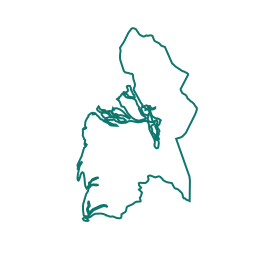 the State of Delta Amacuro, rotated 248°
{"feature_id": "VEN-65", "entity_name": "Delta Amacuro", "entity_type": "State", "adm_level": 1, "iso_a3": "VEN", "parent_name": "Venezuela", "parent_adm1": "", "projection": "orthographic", "projection_center": [-61.33, 8.902], "detail": "fine", "context": "isolated", "style": "outline", "palette": "teal", "viewbox_px": 256, "rotation_deg": 248, "n_neighbors": 0, "source": "natural_earth", "source_scale": "10m", "svg_char_len": 5890}
<svg xmlns="http://www.w3.org/2000/svg" viewBox="0 0 256 256"><g transform="rotate(248 128 128)"><path d="M205.3,150.6L209.4,156.5L216.2,164.1L218.8,168.4L218.8,169.7L217.9,171.2L216.7,172.3L210.7,173.6L209.6,174.2L207.2,176.3L206.8,177.3L206.9,179.8L206.1,180.8L205.6,183.4L204.9,184.6L203.8,185.2L199.8,185.1L198.4,185.5L194.9,188.6L191.7,189.8L189.3,192.6L171.3,193.1L169.6,194.1L167.6,194.8L160.7,199.5L159.0,201.4L156.8,203.3L155.6,203.9L154.8,203.6L144.4,191.4L143.4,191.1L139.9,191.5L137.2,193.7L135.5,194.3L133.0,194.3L131.0,195.5L129.6,195.9L128.1,197.1L125.6,198.2L122.6,198.7L121.1,199.4L119.1,198.6L115.7,195.6L101.7,179.7L99.8,175.3L99.5,173.8L100.0,168.6L60.0,166.8L55.8,165.6L37.2,157.8L40.0,155.0L41.6,154.4L41.8,153.5L42.6,153.2L43.5,153.1L46.0,153.7L47.8,153.5L52.3,151.4L53.6,150.2L54.0,149.3L55.1,148.6L60.6,148.0L62.6,144.6L64.4,142.6L66.5,141.1L68.2,140.7L70.5,139.6L71.3,139.0L71.7,138.1L72.0,134.8L75.4,131.1L75.9,129.9L75.7,128.4L72.6,127.8L71.5,126.6L70.8,125.1L70.5,123.6L70.9,122.3L72.8,118.5L72.7,117.3L70.5,116.8L67.9,117.8L67.5,117.4L66.8,115.1L63.6,116.6L62.6,116.7L61.3,115.4L59.9,114.5L58.9,112.8L55.9,112.5L55.3,112.2L55.4,111.2L56.4,108.5L56.4,106.1L55.9,105.3L55.6,103.4L55.4,97.9L54.8,97.0L51.9,95.1L51.1,93.9L50.5,89.7L48.3,88.7L47.4,87.8L47.3,86.8L47.7,85.7L49.0,83.6L51.7,80.8L52.5,78.2L55.3,75.1L55.2,74.0L55.6,74.9L57.4,73.1L58.8,70.9L60.6,65.9L60.7,63.7L59.6,59.6L59.7,57.2L60.8,58.1L61.9,59.6L64.3,64.2L64.7,65.7L64.9,75.0L64.1,77.8L62.3,79.4L64.5,78.7L65.8,76.5L66.3,73.6L65.9,65.4L65.5,63.9L63.7,59.9L68.6,60.7L69.9,63.2L70.6,63.5L74.0,64.1L74.5,64.1L74.6,63.8L73.4,62.9L70.6,62.2L68.6,59.9L67.6,59.4L66.7,59.2L62.8,59.1L62.0,58.7L61.0,57.7L62.3,55.2L63.6,54.2L69.2,55.7L72.4,57.0L74.7,58.3L81.2,63.5L82.4,64.5L84.4,67.2L87.3,69.3L87.5,70.7L88.7,72.2L87.9,74.8L86.6,77.2L86.4,78.6L86.8,78.6L88.6,74.9L89.5,71.3L90.7,71.4L93.0,75.4L92.7,76.7L93.0,82.2L93.6,80.9L93.9,79.4L93.8,75.7L92.4,73.5L91.8,71.3L89.5,70.4L87.5,66.9L90.0,66.7L92.5,67.2L97.5,68.8L102.9,69.9L104.1,69.1L103.8,68.2L102.2,66.3L100.2,65.1L100.0,64.1L99.0,63.9L98.2,63.1L97.8,62.4L98.1,62.1L100.0,62.2L103.5,64.0L110.5,68.6L113.9,73.0L113.6,71.1L112.0,69.1L111.6,67.9L109.7,67.2L108.7,66.1L108.9,66.0L109.9,66.8L112.0,67.1L112.8,67.5L119.4,74.6L126.0,79.8L126.7,81.9L128.0,83.5L128.9,83.1L127.8,81.7L129.4,81.7L132.9,83.8L134.1,83.1L134.5,83.3L137.9,83.2L140.3,84.4L142.9,85.3L144.0,86.0L144.3,87.1L143.7,86.9L143.4,86.2L143.4,88.9L143.9,89.4L145.5,88.9L146.6,89.2L149.3,90.6L150.4,91.4L152.9,94.4L153.3,95.5L154.6,96.1L155.5,99.2L155.4,100.8L154.6,102.1L154.3,101.2L153.8,100.7L153.0,103.5L151.1,104.1L149.7,105.0L147.5,105.5L146.2,106.1L145.5,107.3L143.5,108.0L139.9,111.4L138.4,112.0L137.1,112.8L135.9,114.8L134.1,118.8L135.1,118.4L135.9,117.6L137.1,115.3L142.5,110.5L144.1,109.5L144.4,110.7L142.6,112.9L142.2,114.9L141.3,116.4L141.3,117.7L141.0,118.3L139.0,119.2L136.8,121.7L136.3,121.7L134.9,124.2L133.8,127.9L133.7,129.0L134.1,131.0L133.2,133.8L129.7,139.0L128.8,141.8L128.5,145.0L127.8,147.4L126.2,148.7L123.4,148.7L118.7,147.3L107.3,148.2L104.5,147.5L101.9,145.9L100.7,146.0L99.4,146.2L98.5,146.9L98.3,148.2L98.9,148.9L102.4,150.9L105.4,151.6L106.4,152.7L108.9,152.3L110.7,154.3L112.3,154.7L113.1,155.9L114.4,156.1L118.0,155.4L118.7,155.9L119.8,158.6L122.2,160.3L122.9,161.3L125.0,159.9L125.8,159.0L126.6,157.2L129.7,155.0L131.1,154.7L135.3,155.0L138.3,154.4L139.7,154.5L139.9,155.4L138.8,156.3L136.4,156.8L135.9,157.9L135.9,160.1L136.1,160.6L136.8,160.9L136.8,158.6L137.1,157.4L138.2,156.8L140.1,156.6L140.8,154.9L142.0,153.7L142.3,150.3L143.1,149.5L144.3,150.0L146.9,149.3L161.5,147.6L162.7,148.4L164.0,149.8L165.9,150.9L171.2,151.3L175.5,152.4L176.6,152.2L177.5,150.4L178.9,149.0L180.4,146.4L182.4,145.5L193.8,146.3L196.4,147.0L198.9,148.1L202.5,150.1L205.3,150.6ZM141.6,133.4L147.7,132.5L149.1,132.1L150.5,130.1L155.9,130.1L158.9,128.6L159.2,129.5L158.6,130.3L158.9,130.9L159.8,131.2L160.3,133.1L161.1,134.0L161.9,135.4L159.5,137.2L157.9,137.4L156.5,138.6L154.6,141.7L154.1,143.1L151.5,145.4L149.0,145.6L146.6,145.3L143.5,146.0L141.2,145.3L135.3,145.7L131.5,148.2L130.4,148.3L129.9,147.7L130.6,141.4L131.3,139.9L133.2,137.6L135.2,136.1L137.5,134.9L141.6,133.4ZM140.4,147.3L141.7,147.8L141.9,149.5L141.1,151.0L139.7,151.7L138.2,150.9L138.1,151.8L138.8,153.3L133.2,154.1L126.3,153.5L123.8,153.6L125.4,150.8L126.6,149.8L128.3,149.5L129.7,150.0L131.8,151.7L133.2,152.3L132.3,151.1L132.5,150.6L135.0,147.8L135.8,147.5L140.4,147.3ZM146.6,119.7L148.1,119.3L149.6,119.7L152.0,121.5L150.2,121.9L151.2,123.5L150.2,125.4L148.5,127.2L145.8,129.2L137.0,132.9L135.5,133.3L140.4,129.4L142.6,126.2L143.3,124.0L145.5,122.2L145.8,120.3L146.6,119.7ZM116.0,149.2L117.3,149.8L120.9,149.8L121.5,151.1L121.7,153.6L122.5,154.4L124.5,155.5L124.3,157.5L123.4,157.8L122.3,157.4L120.8,156.2L120.2,154.9L119.4,153.9L115.3,154.0L113.2,153.6L110.9,151.8L109.5,151.2L108.3,151.1L106.2,150.2L106.5,149.6L110.4,150.1L112.8,150.0L114.3,149.1L116.0,149.2ZM157.1,140.2L159.3,139.9L162.6,137.2L162.9,137.4L161.9,139.3L161.9,140.7L162.4,141.8L163.2,142.2L166.8,142.4L167.2,143.2L166.4,145.5L164.2,145.7L162.7,145.2L161.4,145.1L160.1,145.4L157.3,145.4L156.4,145.9L154.0,145.8L153.9,145.2L157.1,140.2ZM135.9,128.8L135.1,128.1L136.3,124.0L136.9,122.9L141.3,121.5L144.9,117.2L145.9,116.6L147.5,116.4L151.1,115.2L150.9,116.9L150.6,117.4L150.6,117.0L150.1,118.1L149.5,118.7L147.3,118.8L146.2,119.1L145.2,119.8L139.7,124.9L138.6,127.4L135.9,128.8ZM149.7,113.8L148.6,115.0L145.4,116.1L144.0,117.0L145.1,114.7L145.5,110.7L147.5,109.3L149.8,108.7L151.0,108.7L151.5,109.5L151.4,110.8L151.0,112.0L149.7,114.3L149.7,113.8ZM153.3,107.9L155.7,106.4L157.2,106.3L159.1,108.8L158.4,109.1L156.4,109.0L154.6,110.2L153.7,112.4L152.9,113.5L151.5,113.8L152.6,109.1L153.3,107.9ZM60.7,52.1L61.4,53.6L61.1,54.6L59.6,55.9L57.0,56.6L57.0,55.7L57.8,53.9L59.0,52.5L60.7,52.1Z" fill="none" stroke="#0f766e" stroke-width="2"/></g></svg>